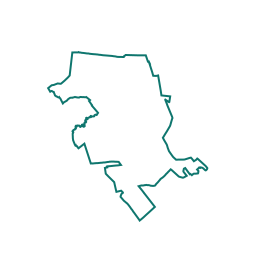 Radovan, Dolj, Romania (Natural Earth projection), rotated 214°
{"feature_id": "2599482B75372531804505", "entity_name": "Radovan", "entity_type": "district", "adm_level": 2, "iso_a3": "ROU", "parent_name": "Romania", "parent_adm1": "Dolj", "projection": "natural_earth1", "projection_center": [23.572, 44.174], "detail": "fine", "context": "isolated", "style": "outline", "palette": "teal", "viewbox_px": 256, "rotation_deg": 214, "n_neighbors": 0, "source": "geoboundaries", "source_scale": "gbopen_adm2", "svg_char_len": 5455}
<svg xmlns="http://www.w3.org/2000/svg" viewBox="0 0 256 256"><g transform="rotate(214 128 128)"><path d="M110.7,177.8L118.5,173.7L121.6,177.1L132.4,188.4L133.8,186.9L136.3,185.4L139.0,187.7L146.1,193.3L145.9,193.5L147.9,194.7L148.1,194.3L148.8,194.6L148.9,194.4L153.9,198.2L159.3,194.5L170.8,187.2L170.9,186.7L171.0,186.2L171.2,185.9L171.4,185.7L171.2,184.5L176.3,181.2L176.9,180.9L178.5,180.3L179.8,179.6L181.7,178.7L185.8,176.4L186.7,175.9L189.5,174.3L192.0,173.1L192.6,172.7L194.4,171.9L195.6,171.2L196.2,170.9L197.4,170.2L199.2,169.2L201.5,168.0L202.2,167.8L204.0,166.7L205.1,166.2L207.1,165.2L208.3,164.5L209.8,163.9L210.3,163.5L211.4,163.3L211.5,162.9L216.4,159.5L213.5,153.9L205.7,138.9L206.1,136.1L207.1,131.6L208.3,127.3L208.7,126.9L211.2,125.6L213.6,122.2L215.2,120.7L216.5,116.4L212.8,114.6L212.5,115.3L212.1,115.9L212.0,116.0L211.5,116.1L209.9,116.1L209.7,116.3L208.6,115.5L207.8,115.0L207.3,114.6L206.7,114.2L206.3,114.1L205.3,114.2L205.0,114.1L204.6,114.3L202.8,114.4L202.2,114.7L202.1,114.8L202.1,115.0L201.9,114.9L200.6,114.6L195.7,111.9L195.6,112.3L195.9,112.7L194.5,115.4L194.0,116.5L193.9,117.0L193.9,117.6L193.7,118.6L193.0,120.3L192.8,120.7L192.4,121.1L192.0,121.4L191.1,121.9L190.9,122.3L190.4,122.7L189.3,124.1L188.8,124.2L188.1,124.6L187.4,124.8L185.9,125.7L185.4,126.1L185.1,126.8L184.7,127.2L183.0,128.1L182.4,128.6L181.6,129.0L180.4,129.8L179.6,130.2L179.6,130.3L175.1,129.9L175.2,129.4L175.4,128.6L174.5,128.3L171.8,127.2L170.5,126.8L170.4,126.7L170.4,126.3L162.7,124.2L161.3,123.8L161.3,123.4L161.3,122.5L161.3,122.1L161.2,121.6L161.2,121.4L161.3,121.2L162.1,121.1L162.6,120.5L162.9,119.8L162.9,119.6L162.6,119.1L162.6,118.8L163.0,118.4L163.3,118.1L164.4,117.4L164.7,117.3L165.4,117.3L165.5,117.3L165.6,117.2L165.6,116.9L164.9,116.7L164.8,116.3L164.9,116.2L165.7,116.1L165.8,116.0L165.8,115.2L166.3,114.8L166.8,114.1L166.8,113.9L166.7,113.4L166.8,113.1L167.0,113.0L167.4,113.0L167.5,113.2L168.2,113.2L168.3,113.0L168.3,112.9L168.0,112.5L166.9,112.5L166.7,112.4L167.0,112.0L167.2,111.6L167.6,111.4L167.7,111.2L167.7,110.4L167.6,110.2L167.4,110.1L166.4,109.9L166.2,109.8L166.1,109.7L166.1,109.0L166.3,108.8L166.9,108.5L167.0,108.4L167.0,108.2L166.6,108.0L166.6,107.6L166.7,107.2L166.4,106.5L166.3,106.3L166.1,106.1L165.7,106.3L165.6,106.2L165.5,105.8L165.3,105.4L165.0,105.3L165.0,105.1L165.2,104.5L165.4,104.3L165.6,104.2L166.1,104.2L166.2,104.3L166.7,105.1L167.0,105.4L167.5,105.5L167.7,105.4L167.9,105.1L168.0,104.9L167.9,104.7L167.7,104.7L167.3,104.3L167.3,104.2L167.4,103.8L167.7,103.6L168.0,103.3L167.9,103.0L167.9,102.8L168.0,102.3L168.2,102.2L168.6,102.2L169.1,102.3L169.6,102.7L169.8,102.7L170.4,102.3L171.2,101.9L171.3,101.7L171.3,101.4L171.7,101.1L172.2,101.0L172.4,100.8L172.4,100.6L172.4,100.3L172.1,100.3L171.7,100.5L171.5,100.4L171.4,100.3L171.5,100.1L171.6,99.5L171.7,99.2L171.0,98.5L170.9,98.4L171.0,98.2L171.4,97.8L171.2,97.1L171.3,96.9L171.9,96.2L172.1,95.8L172.1,95.5L172.0,95.1L172.2,94.6L172.2,94.4L172.1,94.2L171.4,94.2L171.2,93.8L171.0,93.7L171.1,93.4L171.0,93.2L170.7,92.9L170.7,92.5L170.6,92.2L170.2,91.7L169.7,91.0L168.5,89.4L168.2,88.9L166.9,87.5L166.8,87.3L165.0,86.0L164.6,85.8L163.4,84.9L162.7,84.6L161.9,84.0L161.7,84.0L161.6,84.5L161.3,84.3L161.1,84.2L160.4,84.2L159.9,84.4L158.9,83.8L157.7,83.5L155.4,90.6L139.0,77.8L138.1,78.5L137.9,78.5L137.1,79.1L136.2,79.9L135.6,80.3L134.9,81.0L133.8,81.7L132.0,83.2L131.2,83.9L130.0,84.8L129.5,85.3L128.8,85.9L127.9,86.5L125.6,88.7L124.9,89.2L124.4,89.8L123.3,90.6L120.8,92.3L119.5,93.0L118.8,93.5L116.8,94.7L113.2,93.4L115.4,91.4L116.7,90.4L118.4,89.0L121.6,86.3L123.9,84.5L124.0,84.3L123.2,83.7L124.6,82.2L124.8,82.0L120.9,77.7L120.6,77.6L117.3,76.9L109.2,75.4L103.9,70.4L101.9,68.6L99.5,71.2L98.6,72.2L96.2,71.7L96.0,71.3L96.1,70.9L96.5,70.0L96.5,69.5L96.1,67.7L95.7,66.8L90.8,65.4L86.1,64.9L84.7,64.5L81.8,63.5L79.9,62.7L79.2,62.6L76.6,61.5L75.6,61.2L74.0,60.6L67.4,58.2L66.6,57.8L66.0,59.7L65.2,62.6L64.4,66.1L63.7,68.9L62.7,73.0L61.6,77.6L77.8,82.9L78.1,82.9L78.5,83.2L79.6,83.5L80.7,83.9L82.3,84.4L86.6,85.7L86.1,86.3L85.7,86.8L84.9,87.7L84.6,88.0L84.0,88.3L83.2,88.9L82.4,89.7L82.2,90.0L81.6,90.4L81.1,91.0L80.1,91.4L78.7,92.3L77.9,92.6L77.0,92.8L75.0,93.9L74.3,94.4L73.8,95.0L73.5,95.2L73.3,95.9L73.3,96.3L73.4,96.8L73.2,98.0L73.0,99.0L72.9,99.6L72.5,103.4L72.5,104.0L71.6,106.3L71.1,108.1L70.8,109.7L70.7,111.0L70.3,112.8L70.1,114.3L69.8,115.6L69.5,117.6L68.6,117.6L58.9,116.2L58.5,116.2L56.3,116.9L54.7,117.5L54.4,117.8L54.0,118.4L52.6,121.2L57.3,122.7L57.8,123.0L58.0,123.2L58.9,125.5L58.2,126.8L50.9,124.2L50.6,124.8L48.7,124.6L48.6,125.1L48.4,125.5L48.2,126.4L48.0,126.8L47.8,127.0L47.7,127.1L46.2,128.1L44.8,129.3L44.6,129.5L44.7,130.1L45.2,131.0L45.3,131.3L45.5,131.4L45.7,131.8L47.5,132.2L47.1,133.8L46.9,135.1L46.2,135.1L45.8,135.2L45.7,135.4L45.6,136.1L45.0,136.2L44.4,136.5L44.0,136.6L43.6,136.6L43.0,136.6L40.4,136.2L39.9,136.3L39.7,136.6L39.5,137.5L39.5,138.0L39.6,138.6L39.8,139.1L40.0,139.2L42.4,139.9L44.5,140.2L52.7,141.4L53.5,141.4L53.7,139.8L54.8,137.3L57.9,138.3L59.3,138.6L60.4,137.4L61.4,136.1L63.4,133.6L64.4,132.8L66.2,131.6L68.5,130.0L70.4,128.6L73.7,129.1L74.7,129.3L78.7,130.8L81.2,131.8L82.0,132.4L84.0,133.8L86.0,135.5L86.6,135.9L87.4,136.3L91.4,138.2L93.6,139.4L93.7,141.7L93.8,143.3L93.9,147.0L94.3,153.2L94.6,154.3L95.6,157.3L96.5,160.1L96.7,161.1L96.9,161.3L97.6,161.9L107.9,168.7L109.2,169.7L112.9,172.2L112.9,172.4L108.4,172.4L108.3,172.7L110.7,177.8Z" fill="none" stroke="#0f766e" stroke-width="2"/></g></svg>